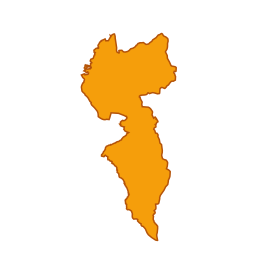 Fundata, Brasov, Romania, rotated 196°
{"feature_id": "2599482B86942388549118", "entity_name": "Fundata", "entity_type": "district", "adm_level": 2, "iso_a3": "ROU", "parent_name": "Romania", "parent_adm1": "Brasov", "projection": "mercator", "projection_center": [25.279, 45.46], "detail": "fine", "context": "isolated", "style": "filled", "palette": "amber", "viewbox_px": 256, "rotation_deg": 196, "n_neighbors": 0, "source": "geoboundaries", "source_scale": "gbopen_adm2", "svg_char_len": 5895}
<svg xmlns="http://www.w3.org/2000/svg" viewBox="0 0 256 256"><g transform="rotate(196 128 128)"><path d="M166.9,214.6L167.3,214.6L168.7,213.5L169.4,212.5L169.4,212.0L169.6,211.7L170.4,212.0L169.8,211.0L169.8,210.6L170.3,209.4L170.6,207.8L171.0,206.5L173.3,205.7L174.6,207.3L176.2,205.8L176.9,205.4L177.7,204.6L177.6,204.4L177.9,204.4L178.1,203.5L178.9,202.6L178.9,201.6L179.6,199.4L179.5,198.7L178.8,198.0L179.0,197.3L178.7,197.3L178.3,196.9L178.3,196.6L178.7,196.3L180.5,195.9L182.2,193.4L181.3,191.3L180.9,191.2L180.7,191.5L180.3,191.5L180.5,190.7L180.1,189.0L180.6,188.6L180.5,187.8L180.7,185.3L182.7,183.8L182.8,182.0L180.8,180.7L181.7,179.7L181.7,179.2L181.3,178.4L181.4,177.1L184.2,177.1L183.8,176.6L184.0,176.3L183.2,175.7L182.2,176.4L180.3,176.5L180.0,176.2L180.0,175.6L180.5,174.8L180.6,175.1L180.8,175.1L182.1,173.9L183.7,173.2L184.4,173.8L183.9,176.1L184.8,176.0L185.7,176.7L186.4,176.9L186.5,176.2L186.2,174.8L186.6,173.7L185.2,173.3L185.5,172.6L184.9,171.9L185.7,171.5L186.1,170.8L185.4,170.8L183.2,169.8L182.2,170.9L181.7,170.0L181.4,169.7L181.1,169.8L181.1,168.9L181.4,168.5L182.0,168.2L183.9,167.4L183.9,167.9L184.6,168.1L185.3,167.8L187.4,166.1L185.3,164.0L183.6,163.2L183.2,162.6L183.1,161.8L183.3,160.8L183.0,160.1L183.2,159.6L183.7,159.1L183.6,158.7L184.0,157.8L184.2,155.7L184.1,154.5L182.4,150.8L180.9,149.8L179.1,149.0L178.1,147.7L176.7,147.2L174.8,146.0L171.8,143.0L170.5,142.4L170.3,142.2L170.4,141.4L169.2,140.1L165.7,138.2L163.0,136.3L161.9,135.4L161.0,134.1L160.4,132.8L159.7,130.7L157.1,129.8L155.2,129.4L153.6,129.4L152.3,129.7L150.9,130.5L148.5,130.9L148.4,132.6L148.4,137.9L141.1,139.5L134.7,138.9L133.4,138.5L132.8,138.8L132.5,138.6L132.2,137.9L131.9,137.8L131.8,137.0L132.4,135.5L133.1,134.5L134.2,133.8L135.2,133.9L136.1,132.9L136.9,131.5L136.5,131.0L136.5,130.3L136.6,129.8L137.1,129.5L136.8,129.3L135.9,129.2L135.9,128.2L134.0,127.9L131.8,128.0L131.9,127.0L131.6,126.6L131.4,125.8L131.6,125.6L130.1,124.3L128.1,123.9L127.7,123.6L127.2,123.6L127.1,123.9L126.1,123.8L127.7,121.9L127.6,120.8L127.8,120.4L129.3,118.6L129.9,118.1L131.0,115.7L131.0,114.9L131.2,114.6L132.0,114.1L132.8,113.0L133.8,112.1L134.4,112.0L135.3,111.2L135.3,110.9L135.7,110.7L136.4,109.7L136.9,109.7L139.9,106.9L140.2,107.2L140.6,106.7L142.0,106.0L142.5,105.3L143.7,104.5L144.2,102.8L144.1,101.8L143.9,101.4L144.1,101.0L144.4,99.5L145.0,98.5L145.1,97.1L145.5,95.9L146.0,95.1L146.0,94.7L145.7,93.7L143.2,93.8L142.8,94.4L142.8,95.1L142.2,95.6L140.9,95.0L139.5,94.8L139.3,93.8L139.0,93.4L139.0,92.7L138.4,91.9L137.1,92.2L136.1,91.3L134.4,91.5L134.0,91.2L133.8,90.6L134.0,89.9L133.1,89.4L132.4,89.7L129.9,87.9L129.1,87.9L127.7,86.7L127.5,85.6L127.1,85.3L127.2,84.5L126.5,84.4L126.3,82.5L124.4,81.6L123.0,78.6L122.2,78.2L120.6,78.0L118.5,77.1L117.5,75.9L116.6,75.3L116.6,73.9L116.4,73.7L115.8,73.9L115.6,73.5L115.6,72.8L114.8,72.3L114.7,71.8L113.7,71.3L113.4,70.7L112.9,70.5L112.4,69.9L110.6,67.5L110.3,66.8L110.0,66.4L110.1,66.2L109.9,65.6L109.4,65.5L109.3,65.1L108.8,64.7L109.2,64.3L108.7,63.5L108.8,63.0L109.1,62.4L109.0,61.9L109.6,61.3L109.5,60.5L109.7,60.0L109.8,59.4L110.1,59.3L110.4,58.9L110.3,58.5L110.7,58.3L110.7,57.5L110.3,57.0L110.2,56.3L109.7,55.6L109.7,55.1L109.3,54.5L109.0,54.3L108.5,54.4L108.3,54.3L107.9,52.5L107.4,51.5L107.2,50.0L106.1,49.3L105.5,49.4L105.2,49.7L104.8,49.8L103.6,49.7L101.8,49.1L100.4,47.1L99.9,46.1L100.0,45.6L99.7,45.0L99.5,44.1L99.2,43.4L98.6,42.7L97.4,42.0L95.0,42.9L93.5,42.8L93.3,42.6L93.3,41.6L93.2,41.3L90.8,39.9L89.0,39.5L88.8,38.5L87.8,37.6L86.1,37.5L83.5,35.8L80.8,32.5L79.0,31.0L75.2,29.3L70.7,27.9L68.8,28.0L68.6,28.2L70.4,31.7L71.0,33.2L71.1,35.7L71.8,39.5L72.4,41.6L72.7,42.0L73.5,42.3L74.0,43.1L75.4,43.5L76.3,44.5L77.0,44.8L77.6,46.0L78.5,46.9L79.0,48.7L79.0,49.8L79.8,50.7L79.8,51.2L79.5,51.9L79.4,52.6L79.0,52.7L78.6,53.3L78.7,53.8L78.6,54.2L79.1,55.0L80.1,55.6L79.0,57.7L79.0,58.2L79.4,59.8L80.5,62.4L78.6,63.1L78.0,63.6L77.7,64.3L78.0,68.6L78.4,70.0L78.3,72.2L76.3,78.0L75.6,81.9L74.2,84.6L74.5,87.6L74.8,88.8L74.4,91.7L74.4,93.2L75.4,97.7L76.3,98.4L77.5,98.9L79.8,99.4L79.7,102.0L80.2,105.0L80.5,105.9L81.6,107.0L82.7,107.7L84.4,107.6L86.2,108.0L86.5,108.3L88.0,110.7L88.3,112.4L88.3,113.6L88.8,115.8L91.2,121.3L93.2,122.4L94.7,125.5L97.1,128.3L97.1,129.4L97.4,129.9L98.7,130.9L100.1,130.7L101.4,132.7L101.9,133.3L102.9,133.8L102.9,134.7L102.7,135.4L101.5,136.7L101.7,137.7L102.8,138.9L102.0,139.5L102.0,140.8L101.4,141.9L101.0,142.1L101.1,142.7L102.6,144.1L103.4,144.2L103.3,144.9L105.0,146.0L106.0,144.5L108.5,147.2L108.8,150.1L109.3,150.8L111.6,152.7L113.1,153.4L114.3,153.6L120.2,152.4L121.4,154.8L121.4,155.9L121.6,156.9L123.9,159.2L124.8,160.8L125.5,160.8L125.8,161.8L125.1,162.8L124.5,162.9L124.1,163.3L121.5,164.2L119.8,165.0L118.8,166.2L118.5,167.3L118.0,167.4L116.8,167.0L114.4,168.7L112.7,169.0L109.0,169.0L107.3,169.8L107.2,170.3L108.0,174.0L108.0,174.8L107.7,175.4L106.8,176.3L105.7,176.4L103.8,176.1L103.4,176.3L102.5,178.0L102.1,179.4L101.0,180.5L100.2,182.8L99.4,184.5L98.7,185.1L97.3,185.5L95.7,187.1L96.5,190.6L97.6,191.9L97.8,192.6L98.8,193.3L99.3,194.0L99.1,195.3L98.0,195.3L97.5,195.9L98.3,199.3L98.7,199.6L99.7,199.9L103.0,199.6L103.9,199.9L106.2,202.7L109.3,205.8L110.3,208.5L112.9,211.4L113.0,211.8L112.3,214.4L112.3,216.1L112.6,217.7L113.3,220.1L113.4,222.6L114.1,224.4L114.6,225.0L116.6,225.9L119.0,226.3L119.8,226.8L120.6,227.7L121.4,228.1L122.0,228.0L123.4,226.4L124.5,225.8L125.9,222.6L128.5,219.6L129.0,217.9L130.6,215.9L131.3,214.5L133.0,213.6L133.8,213.3L136.7,214.4L138.6,213.6L140.1,213.2L140.8,212.4L141.4,212.3L141.7,211.9L142.4,210.1L143.0,209.6L143.1,208.9L143.8,207.6L145.2,206.1L147.2,204.9L148.3,202.8L149.4,201.5L151.5,200.3L152.6,200.0L153.7,200.1L155.3,201.0L157.5,200.3L157.9,200.1L158.1,199.7L157.3,198.3L157.2,197.8L157.4,197.6L159.2,197.8L159.7,198.2L160.2,198.9L160.6,200.0L161.0,201.9L165.1,210.9L165.7,212.7L166.9,214.6Z" fill="#f59e0b" stroke="#b45309" stroke-width="1.5"/></g></svg>